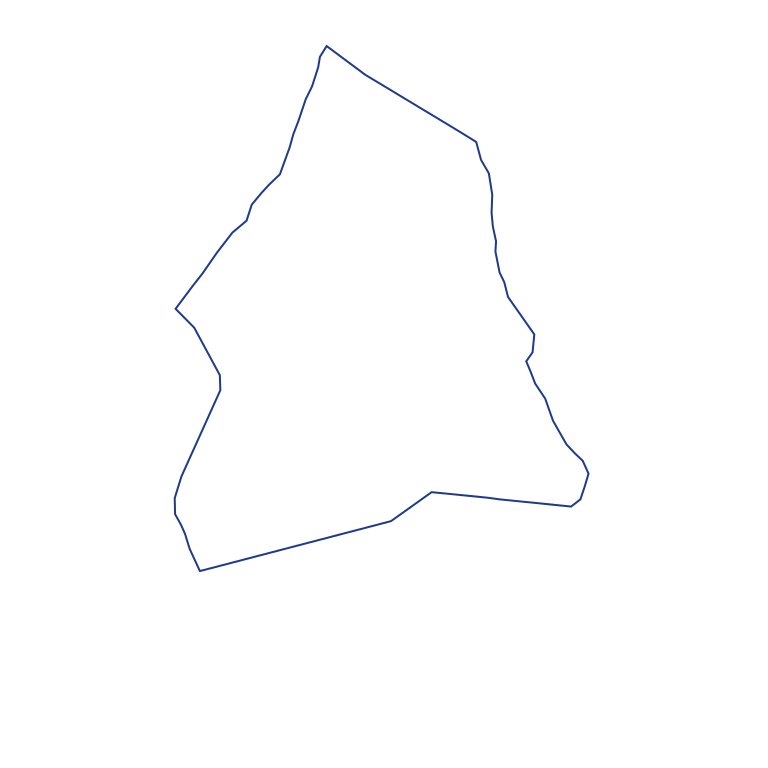 the district of Marcolândia, Piauí, Brazil, rotated 122°
{"feature_id": "56859067B6575559229154", "entity_name": "Marcolândia", "entity_type": "district", "adm_level": 2, "iso_a3": "BRA", "parent_name": "Brazil", "parent_adm1": "Piauí", "projection": "orthographic", "projection_center": [-40.748, -7.416], "detail": "fine", "context": "isolated", "style": "outline", "palette": "blue", "viewbox_px": 768, "rotation_deg": 122, "n_neighbors": 0, "source": "geoboundaries", "source_scale": "gbopen_adm2", "svg_char_len": 898}
<svg xmlns="http://www.w3.org/2000/svg" viewBox="0 0 768 768"><g transform="rotate(122 384 384)"><path d="M388.8,160.4L377.8,156.3L365.2,159.3L351.7,163.0L343.8,174.8L341.7,185.2L338.5,197.3L325.6,221.2L311.0,239.5L303.6,255.9L295.3,267.0L289.4,275.4L278.4,274.8L262.3,282.8L244.5,324.9L233.9,336.0L228.2,345.1L212.6,359.7L203.6,364.6L192.8,375.1L181.8,383.5L166.1,392.5L149.8,406.7L142.5,420.5L129.9,434.0L129.9,445.7L130.1,464.2L131.7,563.9L127.8,611.7L140.5,611.7L150.4,607.6L169.8,602.7L183.9,601.3L206.5,595.9L220.5,593.2L232.9,589.5L261.3,583.4L275.9,587.1L286.7,589.1L302.0,591.2L318.3,587.1L336.0,592.8L361.5,595.3L386.7,596.5L402.4,598.2L430.7,600.6L436.8,574.8L463.5,527.9L476.0,519.5L569.7,506.8L591.7,501.0L605.1,492.2L611.0,481.5L616.7,473.1L626.7,461.6L640.2,441.0L496.6,305.4L450.5,286.3L425.3,235.4L420.6,224.9L388.8,160.4Z" fill="none" stroke="#1e3a8a" stroke-width="2"/></g></svg>